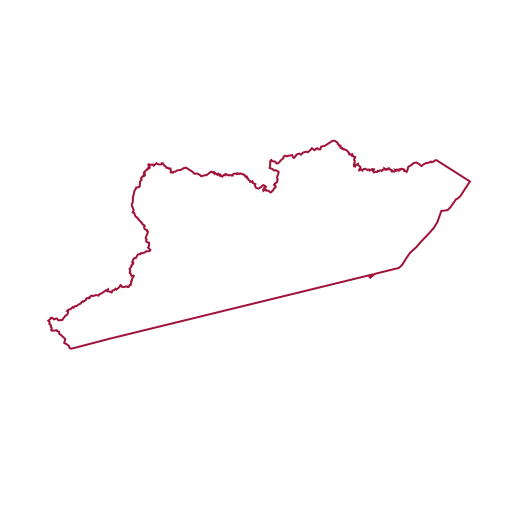 Cantagallo, Bolívar, Colombia, rotated 32°
{"feature_id": "7082276B88554525849396", "entity_name": "Cantagallo", "entity_type": "district", "adm_level": 2, "iso_a3": "COL", "parent_name": "Colombia", "parent_adm1": "Bolívar", "projection": "natural_earth1", "projection_center": [-74.16, 7.216], "detail": "fine", "context": "isolated", "style": "outline", "palette": "rose", "viewbox_px": 512, "rotation_deg": 32, "n_neighbors": 0, "source": "geoboundaries", "source_scale": "gbopen_adm2", "svg_char_len": 6123}
<svg xmlns="http://www.w3.org/2000/svg" viewBox="0 0 512 512"><g transform="rotate(32 256 256)"><path d="M383.4,190.5L384.4,187.4L384.7,184.9L384.6,178.3L385.0,171.5L387.3,163.5L388.5,155.5L390.5,146.5L391.9,138.0L391.8,130.3L391.8,130.8L389.3,119.6L394.1,115.7L395.1,111.5L395.6,101.8L396.7,100.2L397.6,97.0L397.9,79.4L358.2,79.1L357.4,79.8L356.3,82.2L355.0,83.6L354.2,83.3L353.4,84.9L350.8,87.3L349.1,90.4L348.8,91.8L348.0,92.1L345.9,91.6L342.4,91.8L340.7,93.4L339.8,95.2L339.4,96.9L338.0,99.4L338.0,100.0L339.1,103.6L339.1,104.9L337.5,104.7L336.9,105.2L336.7,104.6L335.9,104.7L335.8,104.3L335.2,104.2L333.2,105.0L332.7,106.3L332.6,105.6L330.9,107.4L330.7,107.9L330.3,107.1L330.3,108.1L329.4,108.3L329.4,109.2L328.5,109.3L329.2,109.8L328.6,111.2L327.5,111.4L326.6,112.4L325.9,112.2L325.9,111.5L325.4,111.1L323.8,111.7L322.1,111.1L321.8,111.8L321.8,112.9L320.6,113.0L320.5,114.0L318.2,113.7L318.7,114.8L317.9,115.4L317.6,117.3L316.8,117.1L315.6,118.0L315.1,119.1L314.1,119.3L314.1,120.6L313.0,121.2L311.5,122.7L310.1,121.8L310.3,120.0L310.0,119.9L309.3,120.6L308.4,120.7L308.1,121.9L307.2,123.2L306.3,122.7L305.4,123.2L305.3,124.0L302.5,124.0L301.2,125.3L301.0,127.2L299.3,126.9L298.3,128.7L297.9,128.7L297.8,125.8L297.3,125.1L294.1,124.7L293.6,123.9L292.5,125.8L292.8,127.5L291.5,128.0L290.3,125.7L290.2,124.5L289.7,124.0L289.5,123.0L288.5,122.7L288.0,122.1L288.0,120.7L287.6,119.5L286.7,120.0L285.6,119.8L284.6,120.1L284.6,119.2L283.5,118.6L283.2,119.1L283.7,119.7L282.7,119.8L281.3,120.4L280.7,120.1L280.6,119.4L277.5,118.4L274.8,118.6L274.4,119.0L273.5,118.6L272.6,119.5L271.6,118.8L270.5,119.3L270.4,118.7L269.6,118.7L269.1,117.7L267.7,118.4L266.8,117.5L265.8,117.6L264.9,116.6L261.7,116.6L260.0,117.5L255.8,126.4L253.3,128.6L254.0,131.5L252.3,132.5L251.2,132.0L250.2,132.7L249.9,134.6L249.5,135.2L246.3,135.0L246.1,137.0L244.9,140.6L243.2,141.0L241.4,143.0L240.8,144.0L240.8,145.8L240.5,146.2L238.5,146.2L237.2,147.4L236.5,149.5L236.7,150.3L236.3,152.5L235.9,152.9L235.3,152.7L233.3,151.3L230.2,154.0L229.3,155.2L227.9,155.3L227.3,155.7L226.8,157.3L227.4,158.7L226.6,160.6L225.8,165.1L225.2,166.1L224.4,166.6L222.4,165.8L219.0,167.1L218.1,166.4L217.9,166.6L217.8,167.5L218.0,168.3L219.3,170.4L221.0,174.2L223.5,173.5L226.2,173.9L227.4,172.7L230.4,172.6L230.9,172.9L232.2,178.3L233.7,179.4L233.7,180.2L234.3,180.9L234.7,182.1L233.6,184.6L233.6,186.1L235.4,186.1L236.2,187.4L235.5,188.8L235.7,191.1L235.3,192.3L235.2,193.7L234.5,194.5L232.0,194.0L230.0,195.2L229.2,194.6L228.0,195.6L227.7,196.7L226.9,195.8L226.9,193.6L227.8,192.8L227.8,192.1L227.1,191.8L224.6,192.0L224.1,193.0L223.9,194.5L222.3,197.6L220.3,198.2L218.0,197.1L217.4,195.4L216.3,195.8L215.7,195.5L214.6,195.7L213.4,194.5L212.3,195.9L211.7,196.2L211.4,195.5L208.9,195.3L208.2,194.4L206.8,194.6L206.2,193.5L204.8,194.3L204.2,193.4L203.3,193.7L202.1,193.2L201.1,194.0L198.7,194.2L198.2,195.4L197.2,195.7L196.6,196.5L196.0,195.9L195.3,196.9L193.5,198.1L193.2,199.0L193.5,200.1L192.7,200.1L192.4,200.9L190.4,201.4L189.9,202.3L187.8,202.3L187.2,203.6L186.6,203.0L185.6,204.7L185.3,206.5L182.8,207.1L182.6,206.7L183.2,206.2L182.0,205.8L180.7,207.3L180.2,206.5L179.4,207.6L177.7,207.2L177.3,208.3L175.8,207.1L175.1,207.6L175.2,208.1L173.2,208.2L171.2,213.7L169.9,214.6L167.2,217.4L165.3,217.0L163.4,217.1L162.0,217.5L160.1,218.9L157.4,218.2L149.9,218.2L148.0,220.0L146.6,222.9L143.8,225.2L142.8,227.3L141.4,228.4L141.5,229.1L141.2,229.6L140.2,229.5L139.4,230.2L137.2,227.1L135.8,228.1L135.1,227.8L133.2,228.7L132.6,228.2L130.9,227.8L130.2,228.0L129.4,227.3L128.3,227.3L127.7,226.8L126.9,227.3L127.0,228.6L125.7,229.6L123.7,230.2L122.5,230.0L121.4,233.6L120.9,233.6L120.3,233.0L118.4,234.4L116.6,234.9L116.3,235.3L116.5,235.9L118.5,236.7L118.1,237.5L118.8,237.4L119.1,237.7L118.3,239.3L117.7,239.8L117.8,241.0L117.2,241.8L116.8,244.0L116.8,244.7L117.7,244.6L117.8,246.7L118.9,246.2L119.0,246.5L118.7,247.5L117.5,249.2L117.3,251.1L118.6,252.0L118.2,254.6L119.3,256.0L119.5,257.0L120.6,258.6L120.4,259.3L118.1,261.5L118.6,262.4L118.3,263.4L118.5,265.3L120.2,270.3L120.3,271.3L120.9,271.9L123.0,275.8L123.1,277.5L123.9,279.0L127.9,281.8L128.4,284.4L129.7,284.0L132.9,286.3L134.8,286.3L135.6,286.9L136.8,286.8L137.6,287.6L140.3,287.9L141.1,288.6L142.2,288.5L143.0,289.3L145.5,289.2L145.8,289.5L145.7,290.9L147.4,292.2L150.2,291.8L150.6,292.8L151.3,292.7L152.0,293.8L152.3,297.1L153.1,299.5L154.5,299.9L154.8,301.5L155.4,301.9L156.5,302.0L158.2,301.4L159.9,304.1L160.0,306.1L163.0,306.7L163.3,307.1L163.2,308.0L161.6,309.5L160.4,310.1L159.6,312.2L157.2,314.7L156.9,314.7L156.9,315.8L155.9,316.3L155.0,317.5L155.1,321.3L154.8,321.8L153.8,322.5L153.7,323.1L154.1,326.3L154.9,327.4L155.6,326.8L156.0,327.8L155.3,330.3L155.9,330.7L155.6,334.0L157.4,335.4L157.5,336.7L158.2,337.5L159.1,337.3L160.6,338.7L161.7,338.7L162.6,337.5L162.9,337.6L163.0,341.5L163.9,342.8L163.5,343.7L164.2,344.5L164.3,345.4L165.1,346.9L164.2,347.6L164.6,349.0L164.3,349.8L163.6,349.9L163.4,350.4L162.4,350.2L160.1,352.7L158.4,353.2L157.3,352.5L156.6,352.4L156.5,355.3L155.4,358.5L154.2,358.2L153.9,359.8L152.5,361.4L153.0,363.2L152.6,363.6L150.8,363.7L148.7,364.6L148.1,362.8L146.8,365.0L144.9,369.4L143.4,371.6L143.5,373.0L141.0,373.9L139.0,376.4L137.9,376.5L137.2,377.2L137.1,378.6L136.3,379.6L136.3,379.8L136.8,379.6L137.1,380.1L134.7,381.5L134.7,382.5L135.1,383.6L133.9,385.7L133.7,386.5L133.1,386.4L132.8,386.8L132.5,387.7L132.6,389.1L131.2,391.2L130.3,393.5L129.3,394.2L128.7,396.5L127.6,396.4L127.1,398.8L126.5,400.0L125.7,400.4L125.1,401.8L125.0,402.6L125.6,402.3L126.3,403.0L127.0,405.6L126.5,407.0L125.9,407.9L126.0,409.4L125.6,410.5L125.7,412.8L122.5,415.3L120.6,414.5L119.9,414.7L118.2,416.9L117.1,416.5L115.2,416.7L114.7,417.3L115.0,418.7L114.1,420.9L116.1,421.5L116.7,423.1L118.9,423.5L119.7,424.9L120.9,425.3L121.5,427.4L122.6,427.5L123.4,426.6L124.3,426.4L126.3,424.5L127.1,425.0L129.1,424.6L130.4,426.3L132.3,426.3L138.3,427.5L139.2,431.0L139.7,431.5L141.3,431.1L144.9,431.4L146.9,432.9L148.7,432.3L176.0,403.4L365.4,209.1L364.7,211.0L364.7,212.3L364.2,213.1L363.8,213.6L364.5,213.8L365.2,211.2L366.4,208.0L383.4,190.5Z" fill="none" stroke="#9f1239" stroke-width="2"/></g></svg>